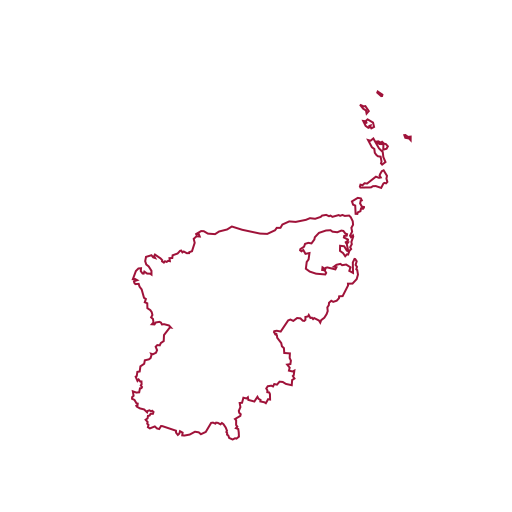 Thessalias, Thessalia, Greece, rotated 297°
{"feature_id": "26713481B23289270995723", "entity_name": "Thessalias", "entity_type": "district", "adm_level": 2, "iso_a3": "GRC", "parent_name": "Greece", "parent_adm1": "Thessalia", "projection": "orthographic", "projection_center": [22.955, 39.583], "detail": "fine", "context": "isolated", "style": "outline", "palette": "rose", "viewbox_px": 512, "rotation_deg": 297, "n_neighbors": 0, "source": "geoboundaries", "source_scale": "gbopen_adm2", "svg_char_len": 6077}
<svg xmlns="http://www.w3.org/2000/svg" viewBox="0 0 512 512"><g transform="rotate(297 256 256)"><path d="M179.6,156.8L180.6,158.5L180.5,161.1L178.1,158.7L176.8,159.8L176.2,161.3L177.9,164.1L175.8,166.2L174.3,169.3L167.9,175.2L167.7,177.4L164.3,177.9L164.5,180.6L160.2,182.9L159.8,186.4L158.6,188.6L156.4,190.5L153.7,190.4L153.1,192.8L150.3,194.8L147.9,194.2L148.9,196.6L151.3,196.9L153.5,199.9L153.5,201.6L152.3,203.3L153.5,205.0L154.6,210.0L153.6,212.6L153.3,211.7L143.8,209.9L138.3,212.4L135.2,210.7L132.7,210.8L131.8,208.5L129.6,207.8L127.2,210.6L124.4,210.8L121.7,208.8L121.3,206.9L120.6,207.8L117.2,208.4L115.3,207.5L112.6,204.3L109.2,205.3L105.2,203.1L100.3,204.8L98.9,202.9L95.0,204.2L93.8,203.6L90.9,207.1L92.7,207.5L91.6,209.8L92.2,210.9L89.8,212.3L88.4,212.1L87.5,213.9L86.2,213.9L85.4,212.7L81.5,213.8L80.0,211.4L79.5,207.7L75.9,210.4L74.0,209.7L72.5,210.4L72.6,213.0L70.5,216.4L70.8,217.6L69.2,218.2L68.2,217.4L67.7,218.1L67.5,221.7L68.5,226.0L67.3,229.9L68.6,229.7L70.1,231.1L70.0,233.0L71.0,233.8L70.5,235.5L68.6,235.8L67.5,233.7L65.5,233.6L64.5,232.3L62.1,233.1L60.0,232.0L58.9,234.8L57.2,235.2L56.7,236.9L54.4,237.4L54.2,239.7L58.2,243.2L57.4,246.1L57.9,248.3L61.4,248.6L61.9,249.8L64.0,264.0L62.3,265.0L61.1,267.6L63.0,268.3L65.4,267.8L65.3,270.8L62.7,271.7L63.5,273.7L66.8,278.0L71.7,281.4L72.9,285.0L72.2,287.8L76.4,291.1L86.9,291.8L88.0,293.3L88.2,295.9L89.4,296.1L90.0,297.8L89.9,300.8L91.7,301.4L91.4,303.3L89.4,306.9L87.1,309.5L85.7,309.5L85.2,310.7L83.7,311.3L83.5,312.8L81.7,314.7L81.9,318.5L84.1,320.1L84.4,321.5L87.3,322.8L91.0,320.7L93.8,318.7L93.5,316.3L95.5,316.8L96.4,315.0L100.6,312.9L101.2,311.3L106.4,314.6L108.1,314.2L108.7,312.2L110.2,311.0L114.3,310.7L117.6,308.2L118.9,310.2L124.0,309.1L124.8,312.3L126.4,312.9L124.3,314.5L125.6,320.6L131.2,321.2L129.9,323.1L129.8,325.4L128.4,325.9L129.5,330.0L129.3,331.6L133.9,331.8L134.5,333.7L139.3,331.1L140.4,329.7L139.8,327.9L141.4,327.2L142.6,325.3L145.3,325.6L147.4,328.5L147.5,330.4L150.2,330.4L150.9,333.1L154.7,334.0L155.9,337.0L155.6,340.7L157.1,346.5L161.9,344.5L164.3,345.9L165.8,343.3L167.0,343.7L171.3,342.2L169.7,341.0L168.8,337.4L171.8,336.7L173.4,333.1L175.3,335.7L178.6,334.6L180.4,332.3L184.6,330.4L182.4,325.2L186.6,322.7L187.3,320.1L189.9,318.0L192.8,312.0L194.9,310.6L194.9,309.0L195.8,309.1L195.5,308.1L196.3,306.6L197.3,306.4L198.8,308.4L199.9,312.3L213.2,313.9L215.0,315.5L215.1,318.7L219.4,320.8L220.6,323.9L219.6,327.0L220.1,328.5L221.6,329.0L224.1,327.7L225.8,329.8L227.4,329.8L225.5,332.6L226.4,333.8L225.7,335.5L227.1,336.0L227.1,341.4L225.8,343.5L228.4,343.2L232.0,344.9L236.2,345.3L239.5,344.9L242.6,342.9L245.2,343.2L247.5,342.3L250.3,343.4L250.2,345.6L252.8,348.2L256.0,349.1L257.8,348.4L259.6,351.4L271.6,351.4L273.1,350.5L275.2,354.5L281.1,356.2L285.7,355.3L289.4,352.6L289.7,351.4L292.2,350.9L293.3,348.8L297.0,348.1L298.3,345.8L298.1,345.1L294.2,345.2L285.0,350.1L285.1,345.9L288.8,345.3L289.3,340.2L286.9,336.9L287.3,334.8L284.7,331.7L281.9,330.3L282.5,332.8L280.1,332.8L278.2,324.7L277.1,323.5L275.8,323.7L276.1,320.4L273.6,321.3L274.4,323.7L272.8,326.2L271.0,326.1L267.5,317.5L266.5,310.9L267.3,306.2L273.7,303.9L276.8,304.4L282.9,302.3L280.4,299.1L282.8,295.4L280.8,294.4L281.1,292.7L282.3,292.4L286.1,294.6L289.1,294.2L291.5,296.7L292.4,299.7L297.2,300.5L299.4,299.9L305.2,301.6L310.5,306.8L312.8,310.7L312.4,313.1L314.1,317.7L317.4,320.5L318.0,322.5L316.6,325.4L316.8,327.2L315.3,327.6L314.0,325.5L312.4,325.9L312.4,330.5L311.3,330.9L309.0,329.7L308.6,330.2L309.6,331.8L307.8,331.5L303.5,335.0L302.1,335.4L302.0,334.5L304.7,330.2L303.3,326.3L298.7,328.5L298.1,332.3L296.3,335.6L298.8,336.3L299.1,337.4L303.2,336.9L305.4,337.6L306.6,335.9L310.0,336.0L311.8,334.6L317.5,333.8L318.4,333.0L315.9,332.1L316.8,330.6L321.3,330.6L324.4,328.2L327.9,328.3L330.9,326.4L333.6,322.8L334.3,320.6L332.0,316.9L331.8,314.4L330.0,312.7L330.0,311.1L325.6,306.3L325.8,304.0L324.6,303.0L324.5,299.9L322.0,296.5L320.2,295.9L316.0,291.8L314.2,286.9L310.9,284.1L304.4,275.9L301.9,269.9L296.0,265.2L292.2,265.0L290.5,261.7L287.6,261.3L280.8,256.0L277.8,249.4L273.1,231.8L271.3,221.1L266.5,218.2L261.1,212.0L256.9,209.6L254.1,203.0L254.4,198.2L253.3,195.8L247.7,192.2L249.7,194.9L247.8,197.0L246.6,194.1L243.0,192.7L239.9,195.4L231.2,196.8L229.1,194.8L228.2,195.1L227.1,193.1L227.2,189.6L225.8,188.8L226.9,186.9L226.1,186.0L222.6,185.0L218.8,181.4L216.2,182.3L214.8,179.9L212.3,181.6L211.8,179.9L210.2,179.1L210.0,177.3L208.3,176.9L208.6,174.7L209.7,174.4L210.5,172.1L211.4,165.3L209.5,165.3L208.4,167.0L208.1,165.0L209.2,162.5L205.3,158.4L201.1,159.6L198.6,162.1L198.0,165.1L195.3,169.6L192.0,171.3L192.2,169.7L190.9,167.0L191.4,163.6L189.3,163.9L188.9,162.9L190.2,160.2L192.9,159.1L191.5,156.9L188.1,155.8L179.6,156.8ZM381.1,326.8L371.0,322.1L370.1,319.7L367.5,318.8L367.0,316.7L365.1,317.0L364.4,318.0L369.3,327.3L371.3,328.5L372.7,331.0L373.5,336.6L378.3,336.6L379.4,337.2L379.8,338.9L381.7,339.4L384.1,337.1L386.9,336.3L390.3,330.8L388.7,329.6L385.3,329.4L383.8,329.6L382.6,331.5L381.5,330.1L381.1,326.8ZM401.9,324.6L406.2,321.7L407.7,316.8L414.0,307.2L410.7,305.7L410.2,303.2L405.5,309.9L405.1,312.8L401.9,315.0L400.7,317.3L400.2,319.3L401.1,321.9L397.1,325.0L395.3,325.3L394.7,326.9L398.5,328.7L401.9,324.6ZM354.9,323.3L354.0,320.3L348.2,316.7L345.8,319.2L346.0,321.5L338.8,325.6L339.5,327.2L341.1,326.9L343.3,328.7L346.0,328.0L346.6,329.9L348.2,330.2L348.7,329.9L348.0,328.0L350.1,324.9L352.7,324.2L353.6,325.0L354.9,323.3ZM424.4,294.6L425.6,291.9L425.0,290.2L421.7,294.6L421.2,297.9L421.9,298.5L423.3,297.9L424.4,298.9L423.0,299.3L422.1,300.8L424.6,302.6L428.0,299.7L428.4,293.4L426.0,292.5L424.4,294.6ZM412.6,311.4L411.8,315.1L413.5,318.8L408.5,321.1L410.8,323.6L413.6,323.7L414.7,320.8L414.2,319.1L415.0,316.5L413.7,315.8L413.7,312.9L412.6,311.4ZM436.3,290.7L439.2,285.4L438.2,284.0L438.0,280.0L435.9,284.6L435.6,287.9L433.1,289.9L436.3,290.7ZM429.4,341.2L432.6,339.6L431.1,337.4L431.6,334.1L431.0,333.3L429.1,335.4L430.2,339.1L429.4,341.2ZM457.8,289.8L456.6,289.9L455.3,295.0L455.8,295.7L457.1,295.4L457.8,289.8Z" fill="none" stroke="#9f1239" stroke-width="2"/></g></svg>